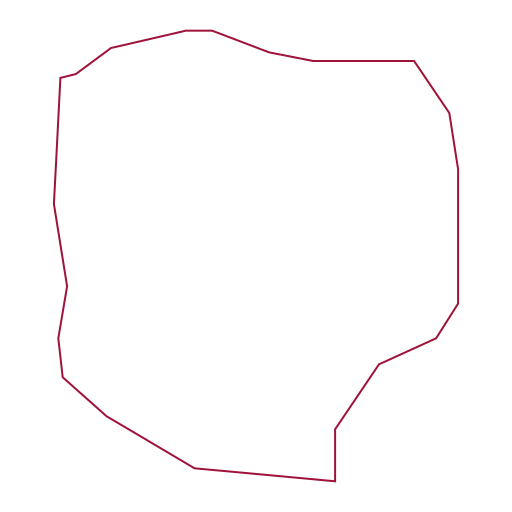 Jungnang-gu, Seoul, South Korea
{"feature_id": "91817680B66829558888986", "entity_name": "Jungnang-gu", "entity_type": "district", "adm_level": 2, "iso_a3": "KOR", "parent_name": "South Korea", "parent_adm1": "Seoul", "projection": "natural_earth1", "projection_center": [127.092, 37.588], "detail": "fine", "context": "isolated", "style": "outline", "palette": "rose", "viewbox_px": 512, "rotation_deg": 0, "n_neighbors": 0, "source": "geoboundaries", "source_scale": "gbopen_adm2", "svg_char_len": 411}
<svg xmlns="http://www.w3.org/2000/svg" viewBox="0 0 512 512"><path d="M414.1,61.0L313.1,61.0L269.2,52.4L212.1,30.7L185.7,30.7L111.0,48.0L75.9,74.0L60.4,77.9L55.9,165.7L53.9,204.0L67.1,286.3L58.3,338.3L62.7,377.3L106.6,416.3L149.3,441.5L150.6,442.3L194.5,468.3L335.1,481.3L335.1,429.3L379.0,364.3L436.1,338.3L458.1,303.6L458.1,169.3L449.3,113.0L414.1,61.0Z" fill="none" stroke="#9f1239" stroke-width="2"/></svg>